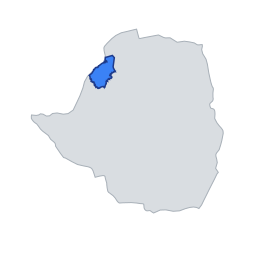 Kariba, Mashonaland West, Zimbabwe (highlighted), rotated 347°
{"feature_id": "62879985B94385115404707", "entity_name": "Kariba", "entity_type": "district", "adm_level": 2, "iso_a3": "ZWE", "parent_name": "Zimbabwe", "parent_adm1": "Mashonaland West", "projection": "natural_earth1", "projection_center": [28.545, -16.89], "detail": "fine", "context": "in_parent", "style": "filled", "palette": "blue", "viewbox_px": 256, "rotation_deg": 347, "n_neighbors": 0, "source": "geoboundaries", "source_scale": "gbopen_adm2", "svg_char_len": 5734}
<svg xmlns="http://www.w3.org/2000/svg" viewBox="0 0 256 256"><g transform="rotate(347 128 128)"><path d="M179.0,222.4L176.9,220.8L174.0,219.7L170.3,219.3L165.5,219.5L159.6,220.3L153.3,219.3L146.5,216.3L140.9,215.2L134.2,216.5L133.9,216.6L132.7,215.5L130.9,213.4L127.9,213.0L127.0,212.5L126.3,211.6L125.9,210.6L125.7,209.5L126.2,205.9L125.9,205.5L125.1,205.0L123.5,204.6L119.4,203.0L114.4,201.4L106.1,199.7L102.9,199.2L102.2,198.7L101.2,197.3L99.7,193.2L98.2,190.5L94.6,186.3L94.1,185.0L94.2,181.6L94.5,178.9L94.9,176.7L94.7,174.5L94.6,171.8L94.7,170.1L94.3,169.3L93.0,168.7L89.3,168.5L84.9,168.6L84.7,165.9L84.3,161.7L83.5,159.3L82.4,158.1L80.4,156.8L76.3,155.0L70.6,152.2L65.8,148.2L60.3,143.2L58.6,142.3L56.5,137.6L53.4,129.6L53.6,126.9L53.1,125.6L50.1,121.6L49.4,119.6L48.8,117.5L44.0,111.7L42.4,109.2L41.1,105.9L39.9,103.4L38.8,102.3L37.4,100.5L36.5,98.5L36.0,97.0L36.4,95.0L36.9,93.6L41.4,95.1L43.9,95.2L45.9,94.5L48.3,95.4L51.2,98.0L54.3,98.5L57.7,96.9L62.3,97.4L68.1,100.0L72.9,100.5L78.6,98.2L83.7,91.8L88.4,85.8L93.1,78.8L96.0,73.2L100.1,68.6L105.6,65.1L111.2,62.1L119.8,58.4L121.5,55.4L122.1,52.1L122.1,47.5L122.5,44.6L123.4,43.2L124.8,42.2L126.7,40.8L132.3,37.3L137.0,35.1L142.8,33.7L149.1,33.7L155.2,33.6L158.6,33.6L158.7,38.0L158.9,43.0L159.6,43.5L164.2,43.6L171.5,43.9L178.6,44.2L183.1,47.8L184.6,48.6L189.3,49.6L195.2,55.5L202.4,56.1L207.4,58.0L211.7,60.0L214.2,62.5L215.8,63.0L218.0,63.2L219.1,63.5L218.8,65.2L217.4,68.2L217.5,72.5L219.5,78.5L219.7,83.7L219.1,92.8L219.0,101.7L219.2,104.9L219.5,107.0L220.0,108.1L219.9,109.4L218.6,113.1L217.7,117.1L217.6,118.6L217.2,119.7L216.5,120.7L213.4,122.5L212.8,123.6L212.8,125.7L213.2,127.4L214.4,128.0L215.8,128.9L216.3,130.2L216.3,131.6L215.9,134.0L214.6,138.2L215.8,142.9L217.2,146.0L219.1,149.5L219.9,151.7L219.8,153.3L219.5,154.8L216.6,161.3L214.5,165.3L211.9,169.7L208.5,172.4L207.6,173.7L207.3,175.2L207.4,178.4L207.2,181.8L204.3,187.0L206.0,191.5L205.6,191.9L204.6,192.5L200.5,197.6L196.2,202.7L193.1,206.4L189.6,210.7L185.7,215.4L182.4,219.5L179.0,222.4Z" fill="#d9dde1" stroke="#a8b0b8" stroke-width="1"/><path d="M107.6,82.6L107.9,82.6L108.0,82.7L108.4,82.5L108.5,82.6L108.8,82.5L109.0,82.7L109.3,82.6L109.5,82.7L109.8,82.5L110.0,82.2L112.0,81.9L112.6,82.0L112.6,81.9L112.8,81.7L112.7,81.9L112.8,81.9L113.0,82.0L113.3,82.3L113.6,82.2L113.7,82.4L113.7,82.6L113.8,82.6L114.0,82.8L114.1,83.0L114.2,82.9L114.2,83.0L114.3,82.9L114.4,83.0L114.6,83.0L114.7,82.9L114.5,82.7L114.9,82.3L115.1,82.0L115.4,81.5L115.7,81.1L115.8,80.9L116.0,80.7L116.1,80.3L116.3,80.2L116.5,80.2L116.8,79.9L116.8,79.6L116.7,79.5L116.8,79.2L116.9,78.9L117.3,78.2L117.5,78.1L117.4,77.9L117.5,77.9L117.5,77.7L117.6,77.4L117.7,77.1L117.8,77.2L118.0,77.3L118.3,77.4L118.4,77.5L118.4,77.4L118.5,77.4L118.6,77.5L118.6,77.4L118.6,77.5L118.6,77.4L118.6,77.2L118.7,76.9L118.9,76.8L119.1,76.6L119.3,76.5L119.4,76.4L119.5,76.1L119.6,75.9L119.9,75.8L120.0,76.0L120.2,75.9L120.3,75.9L120.4,76.0L120.5,75.8L120.7,76.0L120.7,75.9L120.8,75.7L121.3,75.6L121.5,75.6L121.9,75.8L122.0,75.8L122.2,75.6L122.4,75.7L122.6,75.7L122.7,75.8L122.9,75.7L123.1,75.4L123.3,75.4L123.5,75.3L123.6,75.0L123.6,74.8L123.7,74.7L123.6,74.4L123.6,74.2L123.4,73.9L123.3,73.7L123.1,73.3L122.8,73.2L122.4,73.2L122.3,72.9L122.1,72.8L122.0,72.7L122.2,72.3L122.3,72.2L122.5,72.1L122.9,72.1L123.0,72.0L123.3,72.1L123.5,72.0L123.6,71.9L123.7,71.7L123.8,71.5L123.9,71.4L124.0,71.3L123.9,71.2L124.0,71.2L124.0,71.3L124.2,71.2L124.3,71.1L124.2,71.0L124.3,70.9L124.3,71.0L124.5,71.1L124.6,70.9L124.8,70.6L124.9,70.8L124.9,70.7L125.0,70.6L125.3,70.7L125.5,70.6L125.9,70.6L126.0,70.5L126.1,70.4L126.7,70.0L126.8,70.1L127.1,69.8L127.0,70.0L127.3,69.9L127.3,70.0L127.2,70.1L127.3,70.1L127.5,70.0L127.8,70.0L127.7,70.1L127.8,70.2L128.0,70.1L128.3,70.2L127.3,66.4L127.3,64.9L130.5,56.4L129.1,53.8L125.4,54.0L123.8,54.1L121.8,54.1L121.8,54.5L121.7,54.8L121.3,55.4L121.1,55.8L121.1,56.0L121.2,56.3L121.3,56.6L121.1,57.1L120.9,57.2L120.2,57.8L120.7,57.8L121.0,58.0L121.4,57.9L121.5,57.8L122.0,57.8L122.0,58.0L121.9,58.1L122.3,58.2L122.3,58.4L122.2,58.4L122.2,58.5L122.0,58.4L121.9,58.4L121.7,58.3L121.7,58.2L121.7,58.3L121.6,58.2L121.6,58.3L121.6,58.2L121.6,58.3L121.4,58.3L121.1,58.5L121.1,58.3L121.0,58.5L120.9,58.6L120.7,58.5L120.8,58.4L120.7,58.5L120.5,58.4L120.4,58.4L120.2,58.4L120.2,58.5L120.1,58.4L120.1,58.5L119.9,58.4L119.9,58.5L119.6,58.8L119.6,58.7L119.7,58.4L119.7,58.2L119.8,58.1L119.3,58.7L116.9,59.3L113.6,60.9L113.3,60.8L113.2,60.9L113.2,61.1L112.9,61.3L112.7,61.7L112.4,61.9L112.3,62.1L112.2,62.2L111.9,62.2L111.7,62.0L111.5,61.8L111.4,61.8L111.1,61.9L110.9,62.0L110.7,62.0L110.4,61.8L109.6,62.1L109.4,62.3L109.3,62.5L109.2,62.7L108.7,63.1L108.2,63.1L107.9,63.2L108.0,63.6L107.8,63.7L107.6,63.7L107.6,64.0L107.4,64.2L105.0,66.6L103.2,67.4L102.1,68.0L102.3,68.3L102.4,68.6L102.4,69.4L102.5,69.7L102.5,69.8L102.5,70.1L102.2,70.9L102.2,71.1L102.4,71.4L102.7,71.7L102.5,72.0L102.9,72.1L103.3,72.1L103.3,72.4L102.9,72.7L102.8,72.9L103.0,73.2L103.0,73.8L102.9,74.0L102.5,74.2L102.5,74.3L102.8,74.6L103.2,74.2L103.3,74.2L103.4,74.3L103.9,74.9L103.9,75.0L103.9,75.3L103.9,75.5L104.0,75.6L104.3,75.4L104.5,75.3L104.9,75.4L105.1,75.5L105.1,75.8L105.1,76.0L104.8,76.2L105.0,76.6L105.0,76.9L105.0,77.1L105.4,77.1L105.4,77.4L105.4,77.6L105.0,77.6L105.0,77.8L105.3,77.9L105.3,78.0L105.1,78.2L105.6,78.4L105.6,78.6L105.4,78.7L105.2,78.6L105.3,78.5L105.2,78.4L105.1,78.5L105.1,78.8L105.3,78.8L105.7,78.9L105.8,78.9L105.8,79.1L105.7,79.1L105.6,79.3L105.8,79.4L105.8,79.5L105.7,79.8L105.6,80.0L105.8,80.1L105.8,80.5L105.9,80.4L106.0,80.3L106.2,80.5L106.4,80.7L106.3,80.9L106.4,81.0L106.6,81.0L106.7,81.3L107.0,81.2L107.3,81.4L107.4,81.7L107.5,81.9L107.4,82.2L107.4,82.4L107.5,82.5L107.6,82.6Z" fill="#3b82f6" stroke="#1e3a8a" stroke-width="1.5"/></g></svg>